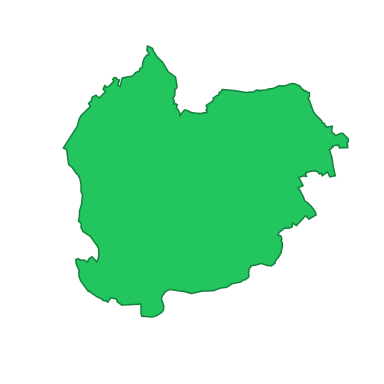 outline of Navan Lea-7, Meath, Ireland, rotated 17°
{"feature_id": "5873133B99485387457029", "entity_name": "Navan Lea-7", "entity_type": "district", "adm_level": 2, "iso_a3": "IRL", "parent_name": "Ireland", "parent_adm1": "Meath", "projection": "orthographic", "projection_center": [-6.698, 53.64], "detail": "fine", "context": "isolated", "style": "filled", "palette": "green", "viewbox_px": 384, "rotation_deg": 17, "n_neighbors": 0, "source": "geoboundaries", "source_scale": "gbopen_adm2", "svg_char_len": 3162}
<svg xmlns="http://www.w3.org/2000/svg" viewBox="0 0 384 384"><g transform="rotate(17 192 192)"><path d="M326.7,98.8L325.9,95.5L319.1,91.9L317.3,92.3L312.6,96.3L311.6,95.2L307.9,93.7L306.9,88.0L301.6,90.7L301.1,89.9L300.1,89.8L298.8,87.9L298.0,87.6L297.0,88.2L295.0,85.9L287.9,82.1L284.4,79.4L277.1,69.6L276.3,69.7L275.9,68.1L276.4,66.2L275.2,62.6L274.2,63.0L271.1,61.9L269.3,62.6L268.7,61.4L267.1,61.5L264.5,59.2L259.1,58.5L255.8,59.0L249.2,63.7L243.9,65.1L239.9,68.9L235.1,71.1L232.5,73.1L227.8,74.8L227.1,75.6L226.8,75.0L225.5,75.6L224.1,75.4L221.5,78.3L214.6,81.0L202.9,82.6L190.9,85.1L190.1,88.5L189.0,88.7L189.1,91.5L187.6,92.4L184.8,96.1L185.6,98.0L185.3,99.0L180.3,105.0L182.3,108.6L181.5,109.9L182.6,110.4L182.7,112.1L179.7,112.8L178.6,114.0L172.4,115.6L166.8,116.2L165.4,115.5L160.9,115.6L158.1,122.3L157.7,120.6L154.9,117.6L152.5,116.3L152.4,112.7L150.7,112.4L148.9,113.1L148.8,111.1L146.5,107.8L147.4,104.5L146.5,102.7L146.5,100.9L145.3,99.2L146.9,97.6L146.9,95.6L142.6,86.9L134.0,83.9L126.0,76.5L119.2,73.1L113.5,68.1L112.4,66.2L106.7,65.4L107.4,69.7L109.9,71.8L110.4,73.8L108.6,74.4L107.2,78.8L107.0,81.5L107.9,88.0L106.2,88.8L106.2,91.8L103.3,94.1L101.3,98.5L92.0,103.2L92.4,112.0L89.8,111.7L89.9,106.1L88.2,106.4L86.3,105.1L84.5,105.0L84.1,105.5L83.2,107.4L84.9,108.7L81.7,115.2L79.5,116.9L77.7,115.5L77.2,116.8L77.1,120.0L80.0,121.1L75.7,129.3L71.8,127.5L68.8,130.6L69.1,133.9L67.2,137.6L69.8,139.9L63.6,151.3L62.8,154.9L63.1,162.4L56.1,187.6L59.7,188.0L66.1,202.0L70.2,203.5L76.0,208.2L78.1,209.1L81.2,212.5L83.8,217.6L85.8,224.1L88.1,226.8L89.9,235.8L90.0,243.0L91.6,249.0L91.9,252.9L95.4,254.7L96.1,258.2L99.2,261.6L107.8,264.2L117.2,271.3L119.2,273.4L121.2,279.1L121.9,283.3L121.2,286.5L115.3,283.1L112.5,286.8L113.0,288.5L112.5,289.6L109.0,288.5L105.7,289.7L102.3,289.1L100.6,290.5L102.2,294.5L106.8,299.8L108.4,305.4L110.3,308.0L111.6,309.6L121.9,317.4L122.5,316.5L124.5,317.7L131.5,319.9L137.7,320.8L138.1,321.7L142.1,321.4L143.7,322.0L145.3,316.9L151.3,316.5L152.5,318.8L157.8,320.7L176.1,314.1L178.4,322.0L180.2,325.5L190.5,323.2L194.5,320.5L198.1,316.2L199.2,313.2L198.4,309.4L194.1,303.2L193.9,301.1L195.2,296.1L196.9,293.7L199.6,291.6L209.2,290.3L213.5,289.4L221.2,289.3L230.5,283.9L241.4,280.1L247.7,275.3L252.9,273.1L257.3,267.9L265.0,263.8L266.8,261.1L268.6,260.4L270.8,257.3L271.1,256.0L269.8,252.8L269.1,248.4L270.2,246.4L269.7,245.4L274.0,243.5L279.1,240.1L284.9,240.3L289.6,239.4L292.2,235.8L292.0,233.0L294.1,228.2L294.9,224.2L294.3,217.1L292.9,213.8L291.5,212.7L291.7,211.0L290.6,208.7L289.4,208.0L287.1,208.1L287.0,205.3L291.1,199.5L294.7,198.5L297.3,196.8L297.8,196.0L297.4,192.3L301.7,193.6L307.6,181.3L311.8,183.8L317.4,177.6L315.7,175.1L312.2,172.1L306.5,168.8L302.2,167.4L300.2,164.5L294.5,158.5L292.2,157.1L296.3,153.4L289.8,146.8L293.8,144.1L296.9,143.6L295.0,141.5L295.7,141.0L295.2,140.2L301.1,136.6L305.9,135.7L308.5,137.5L310.0,136.2L311.8,138.4L315.7,133.1L319.3,137.2L324.3,134.6L319.6,126.5L316.0,118.5L311.0,111.3L312.2,110.4L312.9,108.1L313.7,107.8L313.2,106.8L315.1,105.7L318.4,104.4L320.0,106.7L327.9,104.1L327.2,101.9L325.6,99.9L326.7,98.8Z" fill="#22c55e" stroke="#15803d" stroke-width="1.5"/></g></svg>